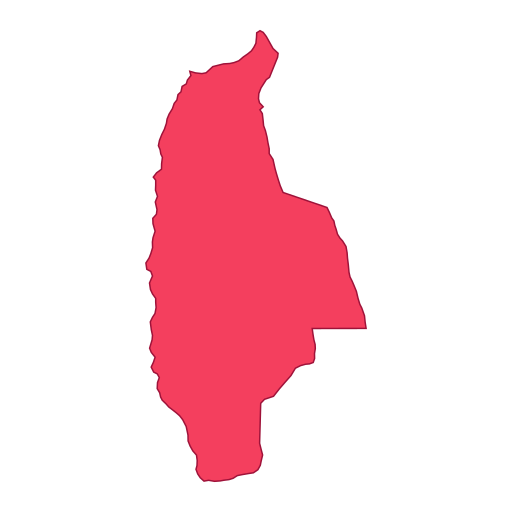 outline of Cidade Gaúcha, Paraná, Brazil
{"feature_id": "56859067B84449941933061", "entity_name": "Cidade Gaúcha", "entity_type": "district", "adm_level": 2, "iso_a3": "BRA", "parent_name": "Brazil", "parent_adm1": "Paraná", "projection": "robinson", "projection_center": [-52.964, -23.374], "detail": "fine", "context": "isolated", "style": "filled", "palette": "rose", "viewbox_px": 512, "rotation_deg": 0, "n_neighbors": 0, "source": "geoboundaries", "source_scale": "gbopen_adm2", "svg_char_len": 2354}
<svg xmlns="http://www.w3.org/2000/svg" viewBox="0 0 512 512"><path d="M269.5,77.3L277.6,57.2L278.1,53.3L273.0,48.5L266.3,36.5L263.2,32.4L260.0,30.7L256.7,32.8L256.5,37.2L255.9,43.3L253.8,47.4L251.4,50.9L247.6,54.0L243.4,56.9L238.8,60.8L234.0,62.6L229.8,63.5L223.5,63.9L212.8,66.6L206.1,72.8L201.9,73.6L195.5,72.9L189.8,71.3L190.9,75.6L187.4,80.1L186.3,83.9L182.1,86.4L181.0,91.8L178.0,94.6L176.9,100.0L174.2,103.4L172.4,108.7L169.1,114.1L167.1,119.0L166.4,123.4L164.4,129.3L161.8,134.5L159.5,140.3L158.4,145.7L160.1,149.7L160.8,153.9L162.4,157.3L161.6,163.8L161.5,169.2L156.6,172.8L153.3,177.1L155.7,180.2L155.7,185.2L155.5,190.2L157.5,196.4L155.3,202.0L157.0,209.7L156.4,214.3L152.8,218.3L153.0,223.7L155.1,231.2L153.0,237.8L152.4,242.0L152.6,247.7L150.8,253.7L149.1,258.0L145.9,263.0L146.8,269.3L150.8,271.4L152.5,276.0L149.5,283.0L150.5,289.6L152.5,293.9L155.7,298.4L155.7,302.3L156.1,307.6L155.0,313.5L152.5,317.3L150.3,321.9L151.3,329.7L152.5,335.4L152.1,339.8L149.6,348.2L151.3,352.4L155.1,357.2L153.4,362.3L151.2,367.1L153.7,372.1L157.3,373.9L159.3,377.6L157.5,382.6L157.2,388.6L159.7,392.8L160.6,397.0L162.3,400.3L165.9,403.7L168.8,407.0L171.7,409.2L175.8,412.4L179.6,415.7L182.7,419.7L186.2,426.5L188.0,435.1L188.1,441.0L190.2,446.2L192.9,451.0L196.5,455.1L197.2,460.5L197.0,465.5L196.0,469.3L197.7,473.9L200.3,477.8L204.0,481.1L208.6,480.3L214.5,481.3L220.2,480.9L224.1,480.2L229.0,479.6L233.1,478.3L237.3,475.6L242.2,474.6L248.7,473.5L253.4,472.8L257.9,469.7L260.3,465.3L261.2,460.9L262.6,455.0L261.2,449.7L259.6,443.3L260.7,403.3L264.5,399.3L273.5,396.3L279.3,388.9L284.4,383.0L291.0,375.5L295.4,368.2L300.6,365.6L305.7,364.2L309.4,363.9L313.2,362.5L314.6,358.5L314.5,353.5L315.3,348.6L315.1,344.4L313.9,339.8L313.0,334.3L312.2,328.5L366.1,328.4L365.1,321.9L364.5,315.8L361.8,308.1L359.8,304.2L358.0,298.2L356.4,291.4L354.0,285.5L352.2,281.3L350.0,276.9L349.0,272.3L348.3,264.7L347.5,258.2L347.1,252.8L346.0,246.5L342.6,241.0L339.9,238.0L337.5,234.2L336.1,229.2L334.8,225.4L333.9,221.0L331.7,217.9L329.2,212.0L327.0,207.5L283.1,192.5L280.2,185.7L278.3,179.8L276.4,173.5L275.0,168.4L273.0,159.4L269.2,153.6L269.2,148.8L267.9,142.5L267.0,137.1L265.4,130.6L263.6,125.7L263.0,119.5L262.3,113.5L259.9,109.8L263.2,106.8L259.5,102.8L258.5,98.8L258.8,93.6L261.0,87.9L266.3,79.6L269.5,77.3Z" fill="#f43f5e" stroke="#9f1239" stroke-width="1.5"/></svg>